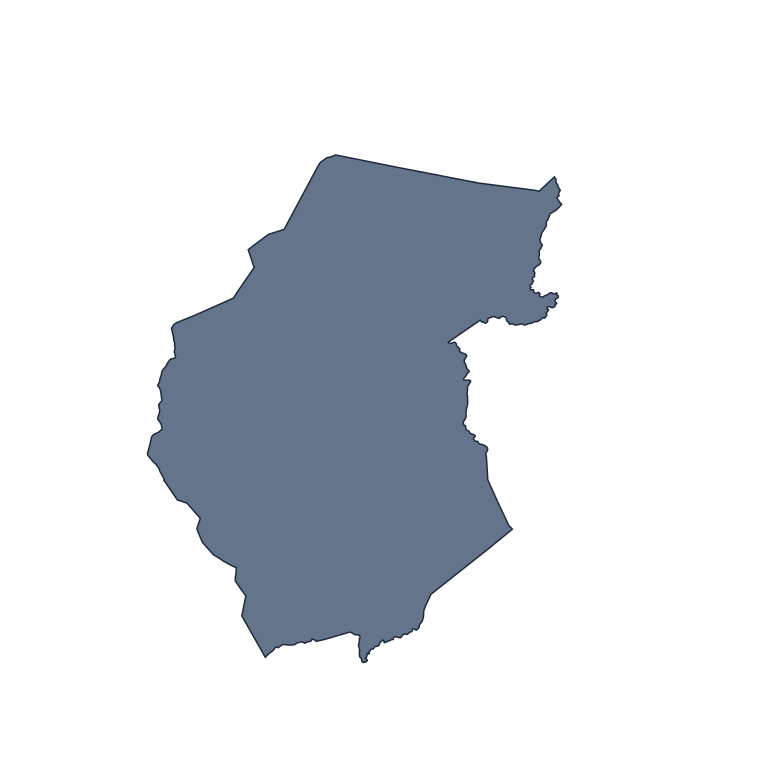 outline of Guaimaca, Francisco Morazán, Honduras, rotated 232°
{"feature_id": "27666195B96410778118504", "entity_name": "Guaimaca", "entity_type": "district", "adm_level": 2, "iso_a3": "HND", "parent_name": "Honduras", "parent_adm1": "Francisco Morazán", "projection": "natural_earth1", "projection_center": [-86.911, 14.489], "detail": "fine", "context": "isolated", "style": "filled", "palette": "slate", "viewbox_px": 768, "rotation_deg": 232, "n_neighbors": 0, "source": "geoboundaries", "source_scale": "gbopen_adm2", "svg_char_len": 6171}
<svg xmlns="http://www.w3.org/2000/svg" viewBox="0 0 768 768"><g transform="rotate(232 384 384)"><path d="M594.4,486.8L594.7,484.9L595.6,482.0L597.1,479.2L597.5,477.6L597.8,470.9L597.4,469.0L596.5,466.5L567.3,400.4L573.0,385.3L573.5,366.4L573.4,359.7L555.7,353.3L546.2,323.1L545.7,322.3L545.5,321.3L544.5,318.8L544.6,317.3L554.9,276.1L559.9,258.8L560.2,256.9L560.1,254.9L559.7,253.3L558.8,251.7L558.8,250.8L557.5,250.4L555.6,249.3L551.2,247.4L547.6,245.1L544.8,244.1L542.4,242.0L541.5,241.9L541.0,241.7L540.2,240.5L538.4,238.5L536.4,237.8L533.4,236.3L533.2,235.7L533.3,234.9L533.7,233.8L534.9,231.7L535.0,230.4L533.8,226.3L532.2,222.9L531.3,218.4L530.3,216.3L528.1,213.8L526.3,211.0L523.9,208.3L522.6,205.5L522.0,204.8L521.5,204.5L519.8,204.8L516.5,203.9L515.0,203.0L513.5,202.3L507.9,198.8L507.5,198.2L506.8,194.7L506.3,193.6L504.2,192.4L501.2,191.1L498.9,188.3L496.8,185.1L495.9,184.3L494.6,183.9L493.1,184.0L489.9,183.8L485.6,181.8L485.1,180.6L484.8,176.9L484.9,176.0L485.6,173.5L485.8,171.8L485.8,169.5L485.6,168.6L482.4,164.6L481.0,163.1L475.3,155.4L474.4,154.4L473.0,154.0L464.7,154.3L460.3,154.9L459.0,154.7L456.8,154.8L453.1,153.6L445.0,152.4L443.8,151.8L443.7,151.3L419.8,149.8L411.4,155.4L391.2,156.5L385.4,147.8L383.3,146.7L370.9,143.4L354.4,144.5L346.8,147.4L343.3,148.4L334.7,152.1L330.3,154.5L326.0,150.9L323.4,148.1L321.4,146.3L320.1,145.5L312.2,145.0L302.1,144.7L288.8,129.2L241.8,122.2L242.4,127.8L242.2,130.8L242.4,133.1L243.4,136.4L243.2,136.8L241.7,138.0L241.3,138.7L241.3,142.3L241.0,143.8L240.1,145.1L237.3,147.8L234.3,151.8L233.5,153.6L233.5,155.6L233.4,156.4L232.8,157.4L231.6,160.4L228.4,162.0L228.4,163.0L228.0,164.7L226.7,167.1L226.4,168.1L226.6,168.8L227.2,169.6L227.3,170.2L224.5,172.1L223.0,172.0L219.4,179.6L209.6,204.3L207.5,205.7L205.3,206.3L204.5,206.7L203.4,207.7L201.7,209.8L199.5,209.5L199.0,209.3L198.5,207.8L196.2,206.0L193.6,202.8L191.1,201.9L189.5,201.1L187.1,198.9L184.4,197.1L183.0,196.8L182.0,197.2L181.3,197.1L180.5,196.7L179.6,195.8L178.6,195.7L177.3,196.2L176.2,198.4L176.2,200.1L176.4,200.7L176.9,200.9L179.0,200.5L179.4,202.1L180.4,202.5L180.4,203.2L180.7,203.7L181.9,204.7L181.8,205.1L180.8,205.6L180.6,206.1L180.9,206.8L182.2,206.8L182.2,208.1L182.9,210.3L182.7,211.1L182.0,212.0L181.9,212.6L182.7,215.4L182.5,216.0L181.9,216.6L181.4,217.4L181.1,218.7L181.5,219.7L182.8,221.7L182.8,223.9L183.1,224.4L183.1,225.0L182.9,225.7L182.6,225.8L181.6,225.6L180.3,225.0L179.7,225.2L179.6,225.7L179.8,226.3L179.7,226.7L178.8,227.8L179.1,228.3L179.3,229.1L178.1,230.4L178.0,232.8L177.0,233.8L178.2,235.8L178.3,236.6L177.9,237.3L176.7,238.4L174.0,240.5L174.0,241.8L174.7,244.8L174.7,245.4L174.2,246.5L172.9,247.5L172.3,248.6L172.7,251.6L172.1,252.4L171.8,253.5L172.3,254.6L173.1,255.6L173.2,256.2L172.8,256.8L170.2,257.8L170.3,260.8L170.7,261.7L172.6,264.2L173.2,267.2L173.7,268.4L176.6,272.1L180.9,275.8L184.2,281.3L189.4,291.5L189.9,366.5L190.6,395.8L195.4,395.2L219.7,400.7L244.6,406.8L263.3,419.7L266.4,421.2L266.8,421.6L267.6,424.1L268.1,424.9L268.9,425.6L270.2,426.1L271.1,426.2L273.7,425.4L276.5,423.8L277.3,422.8L278.3,422.1L278.9,422.1L281.0,422.5L281.5,422.2L281.9,421.4L282.5,420.9L284.5,420.6L285.5,420.5L285.9,420.8L286.6,423.5L286.8,423.8L287.1,424.0L288.3,423.8L291.9,421.6L292.5,421.6L294.3,422.0L297.1,420.6L298.2,420.9L300.9,422.6L302.4,421.8L303.6,421.9L304.7,422.7L305.6,423.8L306.6,427.0L307.4,428.1L308.3,429.1L310.8,430.7L313.6,433.7L316.6,437.5L319.4,439.7L321.3,440.9L322.6,442.2L324.2,442.9L325.4,443.7L326.9,445.2L330.5,448.3L332.2,452.8L332.8,454.0L333.6,454.1L335.0,453.1L337.4,449.7L338.0,449.5L338.6,449.6L339.1,450.0L339.5,450.8L340.0,453.9L341.1,456.0L341.2,456.9L341.0,458.0L341.4,458.8L341.8,459.1L342.4,459.1L345.1,458.8L349.7,460.6L352.1,460.8L353.5,462.1L354.8,465.7L355.2,466.4L355.8,466.7L356.6,466.8L357.7,466.5L360.0,464.9L363.0,463.6L363.7,463.8L364.4,464.9L365.1,465.3L369.7,464.8L370.4,465.1L371.2,465.7L373.3,465.6L373.7,464.9L374.4,462.6L375.2,461.4L376.7,460.2L377.4,460.1L375.1,499.1L372.7,499.2L371.6,500.5L369.9,501.0L369.4,501.4L369.3,502.6L369.4,503.8L369.8,504.4L371.4,506.0L371.6,507.0L370.7,508.8L370.3,510.8L370.0,511.4L368.0,513.1L365.5,514.5L364.7,515.2L364.6,515.7L364.8,518.0L364.5,518.8L363.9,519.6L362.5,520.5L361.1,520.8L359.9,520.6L358.4,519.6L356.0,520.0L354.0,519.7L353.6,519.8L353.3,520.3L352.9,522.0L349.6,523.7L346.5,529.5L345.8,530.2L344.4,530.6L343.5,531.9L342.9,533.3L342.6,535.1L341.7,536.4L340.9,538.2L340.6,540.4L340.2,541.2L339.5,542.0L338.6,543.9L338.5,545.8L338.1,546.4L338.5,548.4L338.3,549.9L337.8,550.7L337.0,551.1L337.8,554.4L338.4,554.9L339.6,555.1L339.9,555.4L340.8,559.0L341.7,559.4L343.8,559.2L344.0,559.8L344.0,560.6L343.2,561.9L342.5,562.5L341.3,562.9L340.4,563.7L339.9,565.7L339.9,566.3L341.1,568.1L341.0,569.4L341.2,569.8L341.8,569.9L342.6,569.4L344.4,570.0L344.8,570.3L344.9,571.4L345.2,572.7L344.8,574.1L345.3,575.1L346.3,575.6L347.7,575.0L348.5,576.0L349.3,576.2L349.7,575.8L349.7,574.3L349.9,573.9L351.4,572.8L352.6,572.4L353.3,571.5L353.6,570.4L353.7,567.8L354.6,564.8L354.6,562.7L355.0,562.2L356.3,561.5L356.9,560.8L357.5,560.7L358.2,561.0L359.0,562.4L360.7,562.4L361.2,562.0L361.5,560.5L362.6,558.8L364.1,558.6L366.3,559.8L366.7,559.4L366.9,558.7L368.3,557.4L369.1,558.1L369.6,559.3L370.9,559.2L371.7,559.5L372.1,560.3L371.5,562.0L372.7,563.4L372.8,564.8L373.3,565.1L375.1,565.5L375.8,565.9L376.3,566.7L376.3,567.6L375.9,568.5L376.0,568.8L377.5,569.8L378.6,571.2L379.5,571.4L381.1,571.3L381.4,572.4L382.7,573.4L382.4,575.1L383.0,576.9L382.3,579.9L383.2,582.3L384.2,582.9L385.3,582.9L386.6,583.4L388.2,583.4L388.6,583.6L389.4,585.2L390.6,586.4L393.4,588.2L394.5,591.4L395.8,594.1L396.3,594.3L399.4,594.6L400.8,595.2L402.5,596.6L403.6,598.6L405.7,600.9L407.3,605.7L408.8,609.5L411.7,611.6L412.9,614.9L415.8,619.7L415.9,620.4L415.5,621.5L415.6,623.6L415.1,625.5L415.0,626.8L415.2,627.8L415.4,631.0L416.3,634.6L419.8,634.4L423.9,634.7L424.2,635.0L424.4,635.7L424.6,637.9L425.8,638.1L426.1,638.4L427.0,639.7L427.5,640.1L427.9,641.8L428.1,642.1L429.8,642.4L432.3,642.6L433.9,643.5L436.5,643.4L439.2,645.5L442.3,645.8L440.4,624.9L444.3,621.6L484.3,582.1L546.3,528.1L594.4,486.8Z" fill="#64748b" stroke="#1e293b" stroke-width="1.5"/></g></svg>